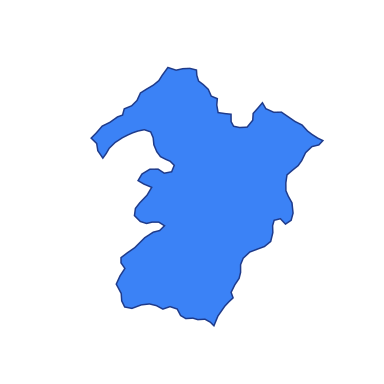 the district of Ijaci, Minas Gerais, Brazil, rotated 225°
{"feature_id": "56859067B18421767150420", "entity_name": "Ijaci", "entity_type": "district", "adm_level": 2, "iso_a3": "BRA", "parent_name": "Brazil", "parent_adm1": "Minas Gerais", "projection": "robinson", "projection_center": [-44.927, -21.175], "detail": "fine", "context": "isolated", "style": "filled", "palette": "blue", "viewbox_px": 384, "rotation_deg": 225, "n_neighbors": 0, "source": "geoboundaries", "source_scale": "gbopen_adm2", "svg_char_len": 1858}
<svg xmlns="http://www.w3.org/2000/svg" viewBox="0 0 384 384"><g transform="rotate(225 192 192)"><path d="M158.3,63.1L152.2,67.2L148.0,76.4L142.9,82.8L136.8,86.5L129.8,88.6L126.5,95.4L119.7,98.8L112.7,96.6L106.9,98.1L102.2,103.4L97.6,105.9L92.9,111.2L87.0,112.9L81.9,112.9L86.0,122.7L88.1,134.5L88.3,140.5L88.1,146.2L93.4,148.7L96.1,156.6L97.6,164.2L100.8,169.5L106.3,175.0L109.0,181.4L108.7,190.4L105.3,198.0L102.2,204.7L101.4,212.7L106.1,220.4L111.2,225.2L113.9,230.1L110.6,235.6L103.2,235.4L101.9,242.1L105.6,248.5L113.6,255.0L121.0,257.1L126.5,259.3L132.1,264.8L136.9,271.2L136.4,278.3L135.6,285.7L136.6,291.7L139.5,300.1L139.3,308.9L135.6,315.0L135.8,320.9L141.2,319.0L148.1,317.5L153.4,316.8L161.5,317.2L169.0,314.7L177.2,313.2L185.2,311.7L190.5,306.2L198.7,303.1L205.3,304.9L204.7,297.6L204.3,290.8L199.8,285.7L198.9,276.8L204.0,271.2L209.1,267.9L214.1,269.4L219.4,274.6L223.8,271.0L229.7,266.6L236.0,271.0L240.1,275.9L246.2,273.4L253.1,276.1L260.0,275.9L265.8,275.1L271.1,277.9L275.1,281.4L280.9,277.9L285.6,272.8L289.4,266.9L297.1,263.0L295.6,253.5L294.2,247.3L294.9,240.3L296.8,233.0L298.5,225.6L295.6,217.8L295.6,210.3L298.7,202.9L295.5,197.3L297.8,192.4L299.3,183.3L302.1,175.1L301.4,165.6L301.4,158.8L293.7,158.9L287.8,154.6L279.0,152.9L279.9,158.5L281.5,164.4L281.4,172.6L279.6,181.2L277.8,186.7L275.8,191.9L273.4,196.8L269.8,202.3L263.7,205.3L257.8,202.9L252.3,198.4L245.4,195.6L239.3,194.7L233.8,196.5L229.2,198.3L223.4,198.3L220.7,191.9L224.9,185.7L232.1,184.2L237.9,178.3L240.1,169.3L238.2,161.9L231.6,163.6L223.8,166.8L221.5,157.9L221.3,147.5L220.4,140.4L216.0,134.6L207.7,134.6L201.9,137.6L198.9,142.5L194.2,147.2L187.6,148.7L187.6,141.9L191.0,136.2L193.1,126.3L193.1,112.2L194.7,103.4L195.8,95.4L192.1,91.7L185.4,90.5L183.6,81.9L180.4,73.3L170.3,70.2L164.7,65.3L158.3,63.1Z" fill="#3b82f6" stroke="#1e3a8a" stroke-width="1.5"/></g></svg>